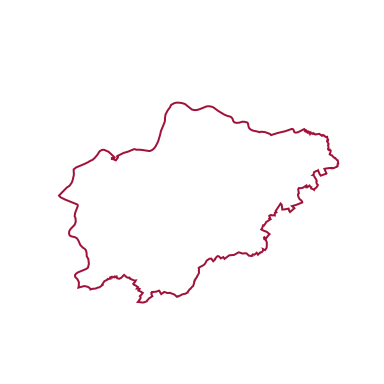 the district of Piltown Lea-5, Kilkenny, Ireland, rotated 152°
{"feature_id": "5873133B76837533212426", "entity_name": "Piltown Lea-5", "entity_type": "district", "adm_level": 2, "iso_a3": "IRL", "parent_name": "Ireland", "parent_adm1": "Kilkenny", "projection": "equal_earth", "projection_center": [-7.187, 52.347], "detail": "fine", "context": "isolated", "style": "outline", "palette": "rose", "viewbox_px": 384, "rotation_deg": 152, "n_neighbors": 0, "source": "geoboundaries", "source_scale": "gbopen_adm2", "svg_char_len": 6024}
<svg xmlns="http://www.w3.org/2000/svg" viewBox="0 0 384 384"><g transform="rotate(152 192 192)"><path d="M337.2,160.9L331.5,159.6L329.8,158.4L328.0,156.5L327.2,154.2L327.4,153.6L325.2,153.2L323.0,152.2L321.6,151.9L320.2,151.9L318.6,151.3L314.5,151.9L314.7,152.5L311.2,154.4L308.9,154.3L307.3,154.7L307.2,154.3L305.6,154.2L304.7,153.8L304.4,155.0L302.6,154.8L302.6,153.9L299.9,153.7L300.0,152.8L298.2,152.8L298.6,151.0L296.9,149.5L294.7,149.5L290.9,150.7L289.7,147.5L288.7,146.2L287.6,146.0L287.3,145.6L287.5,145.1L287.3,144.1L287.0,144.0L284.8,141.3L284.1,140.6L283.2,140.3L284.4,139.4L287.0,138.5L286.8,137.3L285.8,136.2L284.4,133.4L286.0,132.6L284.4,131.7L283.8,131.0L285.6,130.1L284.0,128.1L282.8,126.0L284.8,125.1L286.7,124.6L286.4,124.2L286.9,123.5L286.9,122.8L287.3,122.4L288.5,121.6L288.9,121.6L289.1,121.2L291.4,120.3L287.4,117.5L286.1,117.1L283.3,116.7L282.4,117.3L279.9,118.2L275.9,118.6L275.9,120.3L275.3,122.0L274.4,121.9L274.2,122.4L270.5,120.8L267.6,120.4L267.3,120.3L267.1,116.3L263.4,116.8L261.0,114.2L258.9,113.4L255.6,109.6L254.5,106.5L253.6,106.3L253.4,106.6L252.7,106.3L250.0,106.1L248.8,106.2L245.1,105.2L243.0,105.6L242.9,105.4L242.0,106.2L241.1,106.4L239.9,107.2L238.9,107.2L236.7,108.2L235.2,108.4L232.7,110.8L232.4,111.6L231.7,111.9L231.2,112.8L230.7,112.8L230.0,113.5L229.5,113.5L228.3,114.4L227.5,114.6L227.0,115.2L225.1,116.3L223.8,117.4L223.3,118.0L223.1,119.1L222.2,120.2L221.8,121.8L220.9,122.0L216.0,122.0L213.9,122.7L211.3,124.5L208.0,124.9L206.2,124.1L205.8,120.9L203.8,121.4L203.1,121.8L203.1,122.1L201.1,123.0L199.5,123.4L198.4,122.4L198.0,120.9L197.5,120.3L197.6,119.9L194.9,119.8L194.7,117.7L188.8,118.6L184.4,116.7L179.0,116.8L176.3,114.0L173.1,112.6L172.5,111.8L171.7,109.1L169.6,107.6L168.8,107.4L168.8,107.8L167.7,108.4L166.2,107.3L163.4,108.0L163.2,105.7L162.7,105.9L162.5,106.2L161.2,106.1L161.1,106.3L160.3,106.6L160.0,106.3L159.3,106.4L159.0,106.2L157.8,106.3L156.2,107.5L156.1,108.2L154.8,106.4L152.9,107.3L152.0,108.1L149.6,112.3L149.3,115.2L150.3,116.3L149.9,117.9L149.3,118.1L148.5,116.2L145.2,117.8L143.3,118.4L144.8,121.9L146.6,123.8L148.4,126.4L147.1,127.1L144.8,129.2L144.3,128.6L141.6,129.9L140.8,130.6L135.5,131.1L136.1,132.2L135.3,132.3L135.1,134.6L133.8,134.8L133.1,134.5L132.5,134.2L132.3,133.7L130.7,133.1L129.9,132.4L128.7,134.6L127.0,134.4L127.1,135.9L119.2,140.2L118.8,138.6L120.5,134.1L117.6,132.9L114.5,132.0L115.0,129.9L114.9,128.3L109.2,129.6L110.3,132.6L106.1,131.7L98.8,130.9L99.2,131.1L99.5,133.3L100.4,135.4L100.3,137.9L99.8,139.6L98.9,140.6L98.3,140.6L97.0,144.5L95.8,145.3L94.0,144.2L92.0,143.7L87.8,144.1L87.8,143.7L88.6,142.7L88.1,142.6L88.1,142.1L85.2,142.5L85.1,141.0L84.5,140.3L84.9,140.0L85.1,139.2L83.7,137.6L83.2,136.5L82.5,137.1L79.9,137.7L78.2,138.5L77.6,139.1L77.9,140.5L77.7,141.9L77.2,142.9L76.8,143.0L76.5,144.1L76.7,148.3L77.0,150.0L77.3,150.2L76.4,150.4L76.0,150.7L75.3,152.0L75.7,152.1L72.5,152.2L71.1,151.8L70.5,152.0L70.9,148.4L70.7,146.0L66.5,145.4L65.3,145.1L64.6,145.2L64.2,150.3L60.0,148.9L57.6,147.8L57.7,147.6L57.0,147.3L57.1,147.1L55.7,146.6L52.2,146.3L51.4,146.4L51.2,146.6L51.2,147.2L50.6,147.6L50.3,148.3L49.5,148.4L48.5,151.5L48.9,151.9L49.6,154.8L50.0,154.8L51.0,157.2L51.1,158.5L52.3,159.7L52.7,160.8L50.9,162.3L50.1,163.5L50.5,163.9L50.5,164.8L51.5,164.8L51.8,165.8L51.6,166.3L50.7,167.1L49.9,168.9L50.0,169.4L48.8,170.3L49.0,173.3L48.6,173.8L48.0,173.6L48.4,173.3L47.9,173.4L47.3,174.7L47.5,175.1L46.8,177.3L47.9,177.7L48.2,178.0L48.3,178.6L48.8,179.1L49.0,180.3L49.7,180.7L50.5,180.6L50.5,181.1L51.1,181.0L52.3,183.6L56.2,184.9L56.5,185.3L56.4,185.9L57.8,186.5L57.6,186.9L58.1,186.9L58.1,187.3L58.5,187.6L59.1,187.6L59.5,188.2L59.9,188.0L59.7,188.4L60.4,188.5L60.1,188.9L60.7,188.8L60.5,189.5L60.0,189.5L61.4,189.9L60.7,190.5L61.0,190.9L61.8,191.2L62.5,191.0L62.9,191.5L62.0,191.7L63.4,192.7L63.0,193.1L62.5,192.6L62.3,192.9L62.5,193.4L63.3,193.7L63.1,194.0L63.4,194.9L70.2,195.0L72.4,195.6L73.2,196.3L73.5,197.1L73.2,198.9L73.4,199.9L73.6,200.4L74.6,200.9L81.2,201.9L88.7,203.9L95.5,205.1L95.8,206.5L99.4,210.6L102.7,212.8L104.3,213.0L105.3,214.2L109.7,217.9L111.2,220.3L111.5,221.6L111.5,222.7L110.4,226.3L110.6,227.4L112.5,229.2L114.5,230.4L118.0,231.1L120.3,232.2L121.6,233.3L122.1,234.1L122.2,235.4L121.8,238.1L122.5,240.2L125.4,243.0L127.1,245.1L130.7,251.1L133.4,256.7L134.7,258.2L136.7,259.7L138.7,260.7L146.9,261.6L149.4,262.2L151.3,263.1L153.4,264.9L156.9,273.0L159.5,275.6L163.1,277.9L165.1,278.6L168.0,278.8L169.7,278.6L169.9,278.4L171.9,277.0L175.3,275.4L178.9,272.9L180.8,270.5L181.8,268.7L182.1,268.2L183.3,266.6L183.9,266.1L190.8,260.4L193.1,257.7L197.7,253.0L198.4,252.4L199.0,252.0L199.5,251.6L200.8,250.7L201.0,250.6L202.7,249.4L204.7,248.4L205.2,248.3L205.6,248.1L207.7,247.8L209.5,247.9L210.6,248.3L210.8,248.4L211.9,249.3L212.8,249.9L214.5,251.2L216.2,252.5L217.1,253.0L217.7,253.5L219.6,254.6L220.2,254.9L221.2,255.4L221.5,255.7L221.8,256.0L222.2,256.5L222.7,256.9L224.0,257.1L224.4,257.2L227.9,257.5L228.5,257.5L230.2,257.8L234.0,258.6L240.4,258.8L241.1,258.8L241.4,258.7L241.5,257.9L241.0,257.6L241.2,257.2L244.4,255.7L245.9,257.6L245.2,258.1L247.2,258.8L246.8,259.6L244.9,258.9L244.2,259.1L245.6,263.4L246.4,265.6L246.6,266.3L246.7,266.5L246.9,266.8L247.1,267.1L249.9,270.6L250.9,271.1L251.1,271.2L252.3,271.4L254.0,271.4L255.3,270.9L256.0,270.5L256.5,270.1L257.3,269.7L258.0,269.3L259.2,268.8L262.3,267.6L264.6,267.1L265.6,267.1L267.2,267.3L269.5,267.1L272.9,267.2L276.8,267.5L278.6,267.7L282.7,268.1L284.3,267.8L285.9,267.5L288.3,262.5L291.9,258.4L293.7,256.8L297.1,255.0L300.4,254.7L311.1,251.3L310.6,249.1L307.5,244.8L299.1,234.8L299.0,234.1L299.6,233.1L305.1,228.3L307.0,225.7L307.1,223.6L308.7,220.2L310.9,218.2L316.9,216.2L318.8,215.0L320.1,213.0L320.4,211.1L319.3,209.4L316.7,207.2L315.4,205.3L315.1,202.6L315.5,197.6L314.5,194.2L313.4,192.1L313.0,190.4L313.6,187.9L315.1,184.7L315.0,181.6L316.7,177.1L319.3,174.1L321.4,173.7L330.8,174.6L332.7,174.3L334.3,173.6L335.0,171.9L334.1,168.8L334.2,165.5L336.0,162.3L337.2,160.9Z" fill="none" stroke="#9f1239" stroke-width="2"/></g></svg>